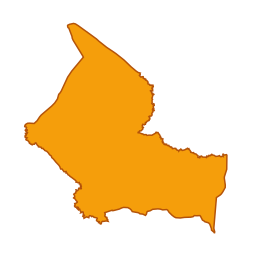 Non Daeng, Nakhon Ratchasima, Thailand, rotated 96°
{"feature_id": "78962969B77255700381962", "entity_name": "Non Daeng", "entity_type": "district", "adm_level": 2, "iso_a3": "THA", "parent_name": "Thailand", "parent_adm1": "Nakhon Ratchasima", "projection": "robinson", "projection_center": [102.541, 15.454], "detail": "fine", "context": "isolated", "style": "filled", "palette": "amber", "viewbox_px": 256, "rotation_deg": 96, "n_neighbors": 0, "source": "geoboundaries", "source_scale": "gbopen_adm2", "svg_char_len": 5944}
<svg xmlns="http://www.w3.org/2000/svg" viewBox="0 0 256 256"><g transform="rotate(96 128 128)"><path d="M72.1,121.6L71.7,123.8L70.4,126.1L66.8,131.4L60.8,139.1L55.2,147.9L50.0,157.7L44.8,165.9L42.7,168.7L31.5,188.1L30.0,191.1L29.7,193.1L31.0,197.0L32.1,198.7L32.7,198.8L34.0,198.4L34.6,197.9L34.8,197.3L42.7,193.3L44.6,192.8L46.5,191.7L60.7,180.8L62.2,179.8L77.3,189.9L83.7,193.3L98.4,198.3L100.6,199.5L101.7,200.4L106.5,201.2L110.8,203.5L114.3,206.3L124.2,215.7L126.3,217.1L130.2,219.1L133.3,221.8L133.5,226.6L133.8,228.4L135.3,230.4L135.8,230.2L136.7,230.9L137.3,230.9L137.6,230.6L137.7,229.3L138.2,228.9L138.9,229.2L140.1,229.1L140.7,229.9L141.0,229.9L141.1,229.3L140.3,228.5L140.3,228.1L140.8,227.9L141.4,228.2L141.8,229.2L142.5,229.0L143.2,227.5L144.4,228.1L144.3,229.4L144.7,229.3L145.1,228.6L145.5,228.4L146.0,228.6L146.7,229.6L148.1,229.2L148.1,227.7L148.3,227.3L148.9,228.0L150.3,228.3L150.7,227.6L150.8,226.3L152.0,225.5L152.5,224.4L153.3,224.5L154.3,222.8L154.2,222.2L154.8,221.6L154.0,220.6L153.9,219.3L152.6,218.7L152.4,218.1L155.0,216.0L155.3,215.1L156.1,215.0L156.2,212.4L157.3,211.8L157.2,210.3L157.9,209.9L158.3,209.0L159.0,208.5L159.7,206.3L161.0,204.7L162.8,203.2L163.8,201.4L165.4,200.7L166.5,199.1L169.6,196.0L172.5,192.6L173.9,191.6L175.8,190.7L175.7,189.3L178.2,187.0L177.8,185.0L179.2,185.0L179.2,184.0L180.9,182.6L181.3,181.4L182.1,180.7L183.1,178.8L185.6,174.7L186.2,174.1L187.3,174.0L187.2,172.9L187.7,172.0L187.3,170.8L188.8,170.5L188.7,169.3L189.3,169.2L189.8,168.7L190.5,169.3L191.2,168.3L191.5,168.4L191.6,169.0L192.1,169.2L192.4,169.0L192.6,168.3L193.1,168.1L193.4,168.4L193.0,170.6L193.3,170.8L194.4,170.7L195.5,171.7L195.5,172.1L195.0,172.7L195.0,173.2L196.4,172.6L197.1,173.3L198.2,173.2L198.8,174.5L199.6,175.0L200.4,174.3L202.0,173.8L202.8,173.9L202.9,174.6L203.2,174.8L204.4,172.8L205.4,172.2L206.7,170.7L207.2,170.7L208.5,172.2L208.7,173.1L210.3,172.5L210.9,173.0L211.5,172.9L212.2,172.1L212.2,171.2L213.2,170.4L213.0,170.1L212.0,170.0L212.2,169.1L213.9,169.5L214.6,168.7L213.7,168.2L213.7,167.6L215.4,166.9L216.3,165.9L217.3,166.2L217.0,165.5L216.2,164.6L216.4,163.7L217.9,163.5L218.4,163.2L219.4,163.6L219.6,163.3L219.3,162.5L219.5,162.3L220.7,163.5L221.3,162.4L222.3,162.3L220.7,159.9L221.3,157.6L220.1,157.5L219.2,157.0L219.2,155.8L220.0,154.8L219.4,153.9L219.9,152.9L220.4,152.5L220.6,149.9L220.9,149.2L221.3,149.1L222.7,149.7L223.4,149.6L224.1,148.4L224.1,146.9L225.2,147.3L225.4,146.2L226.2,145.6L226.3,144.9L225.6,144.5L224.5,144.5L223.5,143.7L223.4,142.4L222.7,139.9L222.9,138.0L222.0,138.6L221.2,138.6L220.6,139.7L219.8,139.4L219.1,139.7L219.1,140.7L218.4,141.1L218.3,141.7L217.3,141.9L216.6,141.6L215.6,142.0L215.1,141.8L214.6,142.2L211.8,136.1L211.5,135.1L211.8,134.9L211.6,133.7L209.6,128.3L208.1,125.8L207.4,124.0L207.2,119.7L208.3,117.3L209.2,116.2L210.7,115.0L211.2,108.6L212.1,107.2L212.1,104.3L213.1,101.5L211.8,100.7L209.6,100.4L208.9,99.9L208.0,97.3L206.3,95.0L205.3,89.8L205.3,87.3L205.8,85.0L205.1,81.1L205.5,80.0L207.6,78.3L210.2,75.0L211.6,72.7L212.2,71.0L212.0,66.6L211.0,62.5L210.1,56.2L209.4,54.0L208.2,52.9L208.1,50.6L207.6,47.4L208.0,46.8L211.8,44.3L212.5,42.7L213.2,41.8L213.9,38.0L215.1,36.6L219.2,34.6L220.8,34.3L222.9,31.3L223.7,31.0L222.2,30.9L219.4,32.0L218.2,32.2L187.9,32.8L185.0,29.3L183.7,28.2L181.5,27.0L177.0,25.1L174.5,25.3L167.7,27.0L166.2,27.0L158.8,25.5L144.7,26.8L144.2,27.3L145.0,30.0L144.1,30.3L144.1,30.8L144.4,30.9L145.3,30.5L145.7,30.7L146.4,30.4L146.2,31.3L146.9,32.5L146.7,33.3L145.9,34.2L146.6,35.4L147.1,37.8L146.2,39.4L146.0,41.2L145.4,41.9L145.8,42.4L146.4,42.6L146.5,43.3L147.1,43.6L146.8,44.7L147.9,45.2L147.6,46.7L147.8,46.8L148.4,46.4L149.2,46.8L148.9,47.9L149.1,50.0L149.0,51.2L148.5,51.5L148.2,52.1L148.6,52.8L148.8,53.7L149.8,53.3L150.1,53.5L150.1,54.0L149.8,54.4L149.9,55.4L148.1,55.6L147.9,56.2L146.8,57.5L146.5,59.7L145.6,60.2L146.0,61.5L145.5,62.5L145.6,63.1L144.7,63.3L143.3,64.5L143.0,65.2L142.2,65.3L142.4,66.1L141.9,66.6L142.0,66.9L142.8,67.4L142.8,68.0L143.7,69.1L144.6,71.3L144.6,72.0L143.7,72.6L143.5,73.5L144.4,73.8L144.4,74.3L145.7,75.1L145.0,75.4L145.0,76.8L144.1,77.5L144.0,78.1L143.3,78.4L143.3,79.3L143.9,81.7L142.6,82.4L142.3,83.0L142.6,83.5L142.0,84.4L142.0,85.0L141.0,85.6L141.3,86.9L140.7,87.7L140.1,87.9L140.1,89.1L140.7,89.2L140.5,90.4L139.9,90.5L139.0,91.1L139.1,92.0L137.8,92.5L137.5,92.5L137.4,92.0L137.0,92.3L135.2,92.2L135.3,93.9L134.6,93.7L134.0,95.0L133.4,94.7L132.9,94.8L132.5,95.4L131.0,96.1L130.6,97.0L129.4,97.6L129.4,98.8L129.7,99.2L129.3,99.5L129.4,99.8L130.2,100.0L132.7,103.5L132.9,106.4L133.4,108.4L132.7,109.2L132.8,110.7L133.1,111.4L132.3,112.7L132.4,113.3L131.6,116.0L131.7,117.4L131.2,117.5L130.5,116.5L129.6,116.1L129.6,115.0L129.3,114.6L127.5,113.2L126.8,113.3L125.8,112.8L125.7,113.1L126.2,113.6L126.0,113.8L124.7,113.8L124.1,114.1L122.8,113.7L122.9,112.8L123.2,112.3L122.5,111.7L122.5,111.1L121.8,110.9L121.3,111.2L120.7,111.2L120.5,110.4L119.2,109.6L118.3,107.8L117.5,107.9L116.9,107.2L116.4,107.2L116.0,107.6L115.0,107.5L114.6,108.4L114.0,108.0L113.5,105.9L112.4,105.4L111.4,105.9L110.7,105.7L110.0,105.1L109.6,105.3L108.6,105.0L108.3,104.2L107.8,103.8L107.2,104.4L107.4,105.5L107.2,105.6L106.3,105.4L106.4,104.7L106.2,104.3L104.5,105.1L103.3,105.2L102.9,104.3L101.4,104.6L101.2,105.1L101.8,105.5L101.8,106.0L101.2,106.9L100.5,106.6L97.9,107.0L96.9,106.6L96.2,107.2L95.5,107.3L94.6,106.9L92.9,106.9L92.2,106.0L91.8,105.8L91.6,106.1L91.6,107.7L91.4,107.8L90.8,107.4L90.6,107.9L89.7,108.6L89.2,108.7L88.7,109.5L88.4,109.2L88.6,107.7L88.4,107.3L87.6,107.7L86.8,107.5L86.3,108.3L85.4,108.2L85.2,107.6L84.6,107.6L84.2,107.2L83.8,107.3L83.6,108.2L82.9,107.8L82.8,108.8L83.1,109.5L83.2,110.7L82.5,110.9L82.0,112.7L81.0,113.0L80.6,112.8L79.8,113.2L78.6,114.6L78.5,115.4L77.7,115.5L77.8,116.2L77.2,116.4L77.3,117.1L76.9,117.5L76.9,118.0L75.4,118.3L75.5,119.4L76.0,120.3L75.8,120.9L74.4,122.2L73.9,121.9L73.7,121.4L72.5,121.8L72.1,121.6Z" fill="#f59e0b" stroke="#b45309" stroke-width="1.5"/></g></svg>